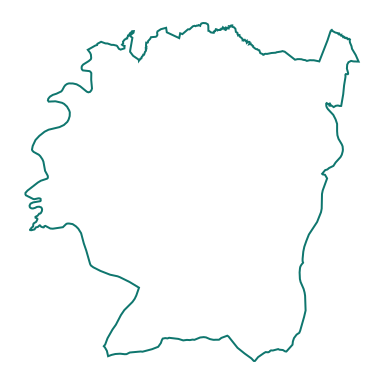 Ban Na Doem, Surat Thani, Thailand (Robinson projection)
{"feature_id": "78962969B23472682189323", "entity_name": "Ban Na Doem", "entity_type": "district", "adm_level": 2, "iso_a3": "THA", "parent_name": "Thailand", "parent_adm1": "Surat Thani", "projection": "robinson", "projection_center": [99.29, 8.896], "detail": "fine", "context": "isolated", "style": "outline", "palette": "teal", "viewbox_px": 384, "rotation_deg": 0, "n_neighbors": 0, "source": "geoboundaries", "source_scale": "gbopen_adm2", "svg_char_len": 5717}
<svg xmlns="http://www.w3.org/2000/svg" viewBox="0 0 384 384"><path d="M284.7,51.7L282.4,51.1L281.3,51.5L276.4,52.3L275.8,52.7L271.5,53.0L267.1,53.9L265.4,53.8L264.3,54.1L263.7,54.8L263.0,54.7L262.6,54.1L260.3,53.1L259.3,50.3L258.4,50.2L257.3,49.2L256.7,49.3L255.5,48.8L253.2,47.0L253.1,46.1L252.4,45.8L252.2,45.2L250.8,44.4L250.7,43.7L249.2,44.2L249.8,42.8L249.5,41.9L248.3,41.8L246.9,42.8L246.8,40.8L246.0,41.3L244.8,39.8L243.8,40.5L243.5,40.0L242.6,40.3L242.5,39.2L241.7,38.1L239.7,36.5L239.5,35.1L238.1,35.4L238.1,34.6L237.6,34.3L237.4,32.8L235.9,31.9L235.4,28.8L234.0,27.3L232.3,26.8L232.3,25.4L231.0,25.5L230.3,26.3L229.4,26.2L229.8,26.9L228.4,27.5L228.8,27.9L228.7,28.5L228.1,28.4L227.6,27.6L226.2,27.8L226.4,29.1L225.7,30.0L225.4,29.9L225.2,28.0L224.1,28.9L223.5,27.8L222.8,28.4L222.6,27.9L222.2,28.7L221.4,28.7L221.2,29.4L220.4,29.3L220.1,30.0L218.2,30.0L217.5,30.4L216.7,29.3L215.8,29.2L215.2,31.1L214.6,31.0L213.9,31.6L213.9,32.7L213.4,32.8L210.9,32.4L209.2,31.0L208.4,30.8L208.3,25.8L207.8,24.3L205.8,23.2L203.1,23.0L201.4,23.5L200.4,24.9L200.2,25.8L198.6,25.1L197.8,25.7L197.0,25.5L195.6,26.2L194.6,25.8L192.9,26.3L189.6,29.3L188.0,29.3L182.4,34.1L180.2,33.3L179.2,38.1L166.8,32.3L166.1,27.8L160.9,29.2L157.5,31.4L157.1,32.8L157.4,34.9L156.5,36.4L155.6,36.8L151.0,37.2L150.2,38.8L148.1,41.1L147.9,42.4L147.6,42.7L146.2,42.6L146.0,45.5L146.5,46.8L145.9,47.1L145.7,48.0L146.4,48.8L145.8,49.7L146.0,50.3L145.6,51.3L145.0,51.9L144.1,54.7L143.2,54.7L142.9,55.7L141.8,56.8L141.4,58.3L140.6,58.5L140.3,59.3L139.8,59.3L138.9,60.7L138.8,60.0L138.2,59.3L133.1,55.8L130.1,51.8L130.2,50.3L132.4,37.8L130.1,35.9L130.0,35.5L133.5,32.7L133.8,31.1L132.1,31.2L131.6,32.0L130.1,33.1L128.8,35.2L128.0,35.5L128.1,36.2L127.3,37.4L127.2,38.4L126.4,38.4L125.8,39.1L124.7,39.5L123.0,41.7L123.2,43.3L122.0,44.7L123.4,45.7L124.6,45.9L124.4,48.4L120.6,49.6L118.9,48.8L117.2,46.1L116.5,45.6L113.5,44.9L111.5,44.9L107.6,43.5L105.4,43.4L101.1,41.8L97.4,43.8L97.1,45.0L95.4,45.5L87.8,49.8L90.1,52.8L90.9,54.6L91.2,58.0L90.8,59.3L88.7,61.1L83.1,64.6L81.8,66.3L81.6,68.0L81.9,69.4L82.9,70.4L89.3,71.1L90.3,71.6L91.3,73.1L91.2,79.9L92.0,88.5L91.3,90.4L90.0,91.9L88.3,92.3L86.8,91.7L80.2,86.3L76.6,84.3L73.0,83.5L69.0,83.4L67.2,83.9L65.4,85.1L64.2,86.6L62.2,90.3L61.3,91.4L56.5,93.7L52.8,94.9L49.9,96.7L48.3,98.7L47.9,100.4L48.7,101.6L55.5,101.3L62.0,102.8L64.1,103.9L67.0,106.6L69.2,110.5L69.8,112.3L69.7,116.1L68.6,119.6L67.3,121.9L63.9,125.0L59.5,127.1L48.6,129.7L44.6,131.7L39.3,135.9L35.5,140.0L32.7,146.0L32.0,149.6L32.3,150.5L33.6,151.9L38.9,154.8L40.3,156.2L42.4,159.3L43.4,161.6L45.1,170.9L47.7,175.7L47.9,176.9L47.8,177.9L47.0,178.7L40.9,180.7L37.9,182.5L27.6,190.5L25.5,192.8L25.4,194.2L25.9,195.3L33.2,199.0L34.4,199.2L38.4,198.3L39.8,198.4L40.6,198.9L40.7,200.7L40.2,201.2L33.2,202.4L30.6,203.6L29.6,205.4L29.7,206.8L30.2,207.6L31.3,208.3L32.9,208.5L35.0,207.9L37.0,206.9L39.1,206.7L41.0,207.3L41.7,208.1L42.1,209.3L41.9,211.0L41.0,212.8L40.3,213.5L39.3,213.6L37.6,215.7L35.5,216.8L35.5,217.7L37.3,218.6L37.4,219.3L36.2,221.8L33.7,223.4L33.3,224.2L33.1,226.5L31.4,227.8L31.0,228.9L30.1,229.5L30.2,230.1L31.5,230.2L34.5,229.4L35.9,227.4L37.9,226.9L39.6,225.3L39.9,225.3L41.3,226.8L43.2,227.4L43.8,227.3L44.4,226.2L45.4,225.9L50.3,228.5L52.8,228.7L62.9,227.2L66.1,224.1L67.1,223.6L68.9,223.5L72.6,224.1L75.9,226.3L78.3,228.7L81.1,233.2L83.8,243.4L86.3,250.7L90.1,264.0L90.9,265.5L93.3,267.3L100.4,270.9L110.1,274.7L117.6,276.3L119.9,277.2L129.6,282.0L139.0,287.7L136.3,295.5L134.7,298.8L132.5,301.9L124.3,310.1L120.9,315.1L115.9,324.7L112.5,329.5L107.5,338.3L105.2,344.5L103.8,346.2L104.9,347.4L106.9,350.9L108.1,356.2L111.6,354.9L115.4,354.0L120.1,353.7L124.8,354.2L126.6,354.1L129.8,352.5L140.7,351.5L142.5,351.7L152.0,349.2L158.2,346.8L160.9,343.0L161.8,340.3L162.7,338.6L165.2,338.1L167.6,338.4L169.1,337.8L178.4,338.9L183.2,340.4L186.9,339.9L189.9,340.1L192.5,339.6L194.5,339.8L200.1,337.5L203.7,337.1L206.0,337.4L210.0,339.1L213.3,339.8L218.7,339.7L219.2,339.6L221.4,337.9L227.3,335.7L228.5,336.5L237.5,347.8L244.6,353.5L251.4,358.4L253.7,360.9L254.2,361.0L255.0,360.9L258.1,357.1L263.9,353.1L265.6,352.1L268.1,352.3L269.5,351.7L269.9,351.1L271.0,350.4L272.8,350.5L278.2,349.1L279.4,349.7L282.8,350.0L285.2,351.4L286.4,351.5L292.5,344.7L292.9,341.4L294.0,338.1L296.6,334.6L299.3,332.8L300.2,330.6L304.1,316.9L305.6,310.5L305.1,295.8L304.6,292.6L303.6,288.9L300.6,282.0L299.9,279.0L299.6,272.4L300.0,268.1L300.4,266.5L301.5,264.6L303.1,262.7L302.6,261.2L302.6,258.9L303.3,251.6L304.3,246.8L306.4,240.8L308.9,234.5L317.1,222.0L321.0,212.2L321.7,208.6L322.0,194.0L322.7,190.5L327.1,178.4L325.0,174.8L322.7,174.4L322.1,173.8L325.2,170.1L327.3,169.5L329.1,168.0L333.4,165.9L335.6,162.5L340.5,157.1L341.8,154.7L342.7,151.4L342.9,149.7L342.6,146.4L341.8,144.4L338.5,138.8L337.4,135.2L337.1,131.2L337.1,123.9L335.6,119.4L333.3,114.9L327.9,109.1L326.8,107.4L326.3,105.9L326.2,103.6L326.7,103.1L328.3,104.2L329.8,103.5L330.3,104.3L329.4,105.2L329.4,105.6L330.2,105.8L331.2,105.4L333.7,107.1L335.8,105.8L337.9,105.5L339.9,106.0L341.2,105.9L343.2,94.3L344.1,85.3L345.5,76.8L345.4,74.8L345.8,74.1L347.8,74.2L348.1,73.9L348.1,72.9L346.9,68.6L347.2,64.6L348.5,62.2L351.1,60.9L353.2,61.4L358.6,61.6L355.7,55.0L352.0,48.8L351.5,46.2L349.9,42.4L349.7,40.4L350.0,39.5L349.0,38.8L347.8,39.2L347.0,38.1L346.6,38.3L345.9,37.7L345.5,38.1L344.5,37.8L344.1,36.9L343.1,37.1L342.9,36.1L341.2,35.7L341.3,34.8L340.6,35.0L340.0,34.5L339.3,34.5L339.2,33.8L338.7,34.1L338.2,33.8L338.1,34.4L338.0,33.2L335.2,32.5L332.7,31.1L331.8,29.9L331.3,30.2L330.9,31.2L330.6,31.2L330.1,32.5L327.5,40.4L319.3,61.4L314.0,60.3L309.8,60.2L306.9,60.9L305.2,60.1L303.5,59.9L301.2,59.2L297.7,59.1L295.0,59.7L284.7,51.7Z" fill="none" stroke="#0f766e" stroke-width="2"/></svg>